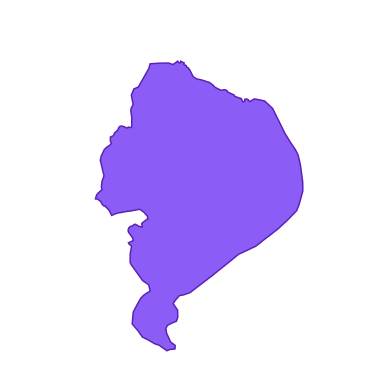 Dawran Anis, Dhamar, Yemen, rotated 64°
{"feature_id": "15242507B11667753358697", "entity_name": "Dawran Anis", "entity_type": "district", "adm_level": 2, "iso_a3": "YEM", "parent_name": "Yemen", "parent_adm1": "Dhamar", "projection": "orthographic", "projection_center": [44.103, 14.829], "detail": "fine", "context": "isolated", "style": "filled", "palette": "violet", "viewbox_px": 384, "rotation_deg": 64, "n_neighbors": 0, "source": "geoboundaries", "source_scale": "gbopen_adm2", "svg_char_len": 3866}
<svg xmlns="http://www.w3.org/2000/svg" viewBox="0 0 384 384"><g transform="rotate(64 192 192)"><path d="M262.2,128.7L259.2,118.8L257.9,115.1L254.7,106.2L250.3,101.3L239.6,91.9L231.5,88.1L219.2,84.0L215.2,82.7L211.3,81.8L210.6,81.6L206.4,80.7L205.2,80.4L199.0,80.5L190.1,81.8L188.1,82.0L179.4,82.8L177.4,82.8L174.9,82.8L174.4,82.8L169.7,82.8L166.9,82.8L162.4,82.9L152.2,82.9L141.9,86.9L137.3,92.9L135.6,95.3L135.9,98.3L136.1,99.8L136.0,100.5L135.3,100.8L133.6,101.0L132.3,102.2L131.8,103.9L133.7,105.1L133.3,106.8L129.5,106.8L128.4,108.2L128.0,108.6L124.9,111.5L123.2,111.7L118.1,115.9L115.9,116.2L114.3,117.9L113.3,121.3L107.9,125.5L105.5,126.1L101.3,128.2L95.5,134.2L92.3,138.3L89.0,140.3L87.8,140.4L83.3,140.5L81.4,140.5L80.1,140.8L79.1,140.8L78.7,141.0L78.0,141.6L77.4,141.9L76.7,142.1L76.1,141.7L75.2,142.2L74.9,142.9L73.6,143.4L72.6,142.4L71.2,143.5L69.5,144.9L70.4,145.5L70.7,146.4L69.4,147.3L68.1,147.5L69.1,152.7L68.0,154.5L67.0,155.2L65.6,156.9L64.6,159.1L62.8,162.9L62.1,164.4L58.4,173.4L62.2,176.8L74.1,194.2L73.9,199.1L78.4,204.1L81.5,204.9L82.6,205.2L83.2,205.4L85.2,205.9L85.7,206.0L86.7,206.3L87.8,206.9L87.9,207.0L88.8,208.2L90.0,210.0L92.5,211.5L94.3,212.1L98.3,213.3L107.1,217.7L107.4,218.4L107.4,218.5L105.8,220.7L105.9,222.7L104.1,223.9L102.0,226.0L101.3,227.7L101.5,228.3L101.8,229.2L103.0,230.7L103.5,231.2L103.7,231.3L104.3,233.2L104.6,234.2L104.5,234.5L105.1,236.0L106.2,236.9L106.5,237.2L106.9,238.3L106.9,239.5L106.8,240.5L106.9,241.3L110.5,243.1L112.3,243.1L113.0,243.1L113.6,244.6L113.7,244.9L113.9,245.6L114.4,249.1L115.5,252.4L117.3,254.5L117.9,255.3L119.3,257.0L119.7,257.7L119.9,257.8L121.1,258.7L121.8,259.3L122.1,259.6L123.3,260.5L128.3,261.6L132.9,262.7L138.9,264.0L139.9,265.0L143.1,268.3L144.5,269.1L145.5,269.8L147.4,271.1L148.2,271.3L150.1,271.7L150.3,271.7L150.5,272.3L150.9,273.6L151.5,275.7L152.0,277.5L152.2,277.8L153.1,279.3L155.9,281.8L156.8,280.3L157.0,280.0L160.5,278.2L162.0,278.2L164.0,278.1L165.8,277.4L166.6,276.2L166.9,276.4L168.6,275.6L171.7,274.7L172.2,274.5L172.3,274.5L176.8,274.5L177.8,274.5L178.0,271.3L178.2,268.8L178.4,267.9L179.6,263.8L179.8,263.0L180.4,260.9L180.6,259.9L182.3,255.1L182.9,252.7L184.6,246.5L185.1,246.2L187.5,245.0L189.1,244.1L189.5,244.0L193.9,242.7L195.1,243.0L196.1,243.2L196.3,243.3L196.8,243.4L196.7,244.1L198.0,250.5L198.6,251.3L199.5,251.4L200.8,251.6L201.6,252.3L199.3,254.9L196.2,257.0L195.8,258.3L196.4,260.4L195.9,262.4L196.4,264.1L196.6,264.6L196.8,264.8L198.3,266.1L198.5,266.3L200.5,266.7L204.7,265.9L208.0,265.5L209.9,266.3L209.8,271.4L211.7,271.3L213.6,270.1L214.4,270.2L215.1,270.7L220.7,274.8L225.7,277.2L228.2,278.5L229.3,278.5L231.3,278.4L250.1,275.2L253.0,273.5L256.2,271.7L256.3,271.6L260.7,272.6L261.0,272.7L262.8,273.1L262.9,275.9L263.5,280.4L265.0,284.6L267.3,288.1L274.2,297.5L282.4,302.4L282.5,302.5L284.4,303.6L293.0,301.4L300.7,300.2L305.8,296.2L312.0,292.1L315.3,288.7L320.5,285.9L323.7,284.1L323.8,281.1L325.6,276.2L325.4,275.9L324.4,275.4L324.0,275.2L322.5,274.4L322.3,274.5L317.9,276.7L317.4,277.0L311.4,276.8L308.0,276.8L307.5,276.7L306.7,276.4L304.0,275.5L303.2,275.3L301.4,272.9L301.1,272.5L301.1,272.4L301.0,267.0L301.3,263.5L301.4,262.8L301.1,262.4L298.2,259.6L291.8,256.7L286.7,257.5L284.0,257.8L282.8,255.8L282.3,254.8L281.8,253.9L279.7,249.0L279.8,248.0L280.8,244.4L281.5,238.4L281.6,237.9L280.4,232.3L280.3,231.5L280.1,230.7L279.9,229.7L278.1,220.8L277.4,217.2L277.1,215.8L276.5,213.0L276.4,212.2L276.1,210.8L275.2,207.0L274.6,204.3L274.3,203.1L273.9,201.3L272.9,196.8L272.0,192.9L271.7,191.5L269.6,182.6L269.5,182.0L269.4,181.8L268.7,178.6L268.5,177.7L268.4,177.2L268.4,176.0L268.6,167.1L268.6,166.6L268.6,161.7L268.7,159.6L268.7,158.6L267.6,153.3L266.6,148.9L266.5,148.3L265.7,144.7L265.4,142.9L264.6,139.0L263.6,134.5L263.0,131.4L262.8,130.8L262.4,129.2L262.2,128.8L262.2,128.7Z" fill="#8b5cf6" stroke="#5b21b6" stroke-width="1.5"/></g></svg>